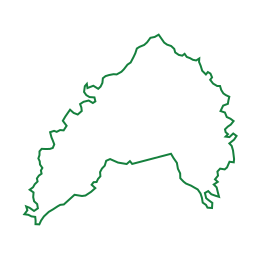 the district of Marumbi, Paraná, Brazil, rotated 357°
{"feature_id": "56859067B89241056373141", "entity_name": "Marumbi", "entity_type": "district", "adm_level": 2, "iso_a3": "BRA", "parent_name": "Brazil", "parent_adm1": "Paraná", "projection": "mercator", "projection_center": [-51.666, -23.754], "detail": "fine", "context": "isolated", "style": "outline", "palette": "green", "viewbox_px": 256, "rotation_deg": 357, "n_neighbors": 0, "source": "geoboundaries", "source_scale": "gbopen_adm2", "svg_char_len": 2422}
<svg xmlns="http://www.w3.org/2000/svg" viewBox="0 0 256 256"><g transform="rotate(357 128 128)"><path d="M36.5,170.9L34.4,173.6L34.9,176.7L31.9,179.3L30.1,182.2L26.6,184.5L30.3,187.4L29.7,192.1L30.4,196.3L33.3,199.2L33.8,203.5L29.8,205.9L25.5,202.5L22.2,201.0L23.2,204.9L20.0,208.7L24.0,209.5L26.9,211.2L30.7,211.9L30.9,215.7L30.6,219.2L34.4,219.6L36.4,215.8L39.4,211.9L44.5,207.6L48.9,205.3L53.7,202.5L56.3,201.2L59.9,201.0L71.1,191.9L78.5,193.5L82.0,193.2L87.8,189.8L92.2,186.3L88.7,182.8L90.8,180.3L93.8,180.3L95.4,177.3L97.9,174.8L97.8,170.6L99.9,167.1L102.8,164.4L104.5,159.6L108.5,158.1L116.2,162.0L124.8,163.9L128.2,161.2L130.3,164.1L169.6,156.0L171.9,160.4L175.0,165.4L175.7,171.3L177.7,176.0L177.6,180.9L180.7,184.5L183.0,186.5L188.0,188.9L191.2,191.0L194.4,193.0L197.0,197.2L198.2,201.7L198.7,206.4L201.9,208.9L203.2,211.7L207.7,212.3L208.3,207.2L204.6,204.2L202.4,202.2L201.4,196.9L204.8,195.2L207.7,198.5L212.0,200.3L215.3,201.5L214.3,196.7L213.4,191.9L210.7,188.9L214.8,186.5L212.2,183.8L215.4,180.3L215.0,176.2L217.9,173.4L222.4,174.4L224.8,172.6L227.6,167.0L231.8,167.8L232.3,164.6L231.7,155.9L230.6,151.3L228.4,148.7L233.3,145.2L236.0,141.6L232.8,139.0L228.8,142.4L225.0,141.7L227.5,139.4L225.3,137.3L224.8,134.4L227.8,131.8L230.8,130.0L233.8,126.6L230.8,124.1L227.2,122.2L225.6,117.6L221.3,115.9L224.2,110.6L229.0,109.1L229.7,105.8L230.8,102.1L227.3,100.2L225.0,98.4L223.1,94.9L222.1,90.9L219.2,90.7L215.3,88.1L212.6,84.2L214.6,81.8L213.2,78.0L210.7,76.3L208.6,78.6L205.1,74.7L203.8,69.6L202.4,65.7L202.8,62.3L199.6,64.1L196.4,63.3L193.6,61.5L190.4,60.1L188.4,56.9L186.0,58.6L182.6,57.7L179.1,55.0L178.3,51.4L175.4,48.4L171.4,46.8L168.6,44.6L163.5,36.4L159.4,38.5L155.1,39.1L151.5,43.5L148.5,45.9L143.7,47.6L141.0,49.1L139.2,53.8L137.2,57.5L134.1,62.7L130.8,64.7L126.9,69.2L124.4,71.5L119.5,73.9L116.4,73.5L112.0,74.1L108.3,75.0L105.5,77.0L104.8,81.6L102.8,85.2L100.3,87.3L95.6,84.0L92.2,85.1L89.6,86.0L89.2,81.8L87.1,84.0L86.0,89.7L88.1,93.0L91.2,95.1L96.1,95.7L96.8,99.7L94.2,101.2L90.2,98.5L85.0,99.5L81.4,101.6L82.5,105.1L82.7,108.6L78.5,111.9L74.5,110.1L71.1,106.7L69.0,109.4L66.0,113.3L63.3,117.4L66.8,122.6L63.6,127.0L60.1,126.5L56.6,128.1L54.0,127.0L50.0,128.1L51.1,133.4L52.2,136.4L53.5,140.5L51.8,144.0L48.9,144.8L44.9,144.7L40.7,144.3L38.4,146.7L38.2,150.4L36.9,153.7L38.1,156.6L38.2,159.9L40.4,163.4L38.8,165.9L39.3,169.1L36.5,170.9Z" fill="none" stroke="#15803d" stroke-width="2"/></g></svg>